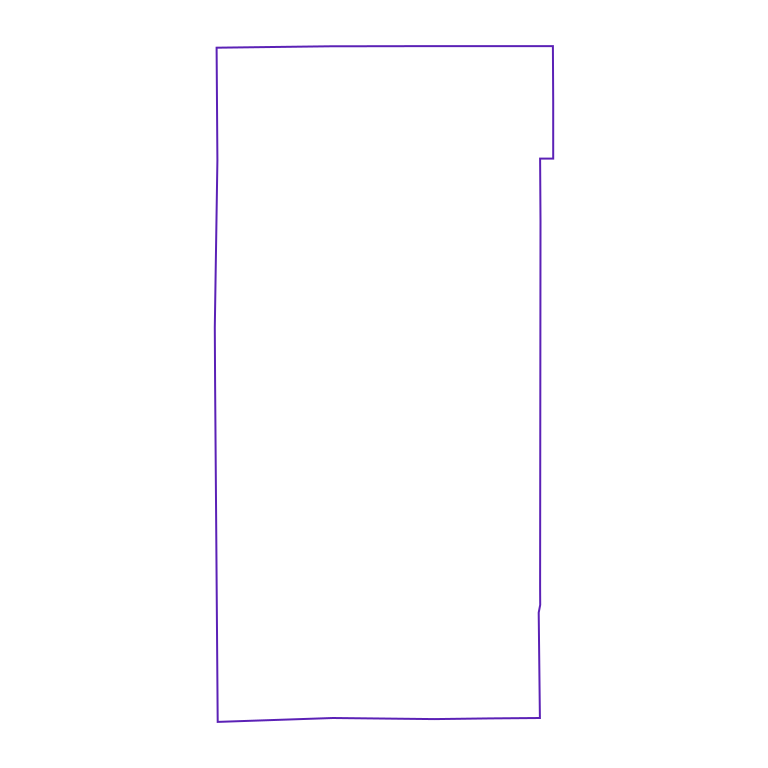 DeKalb, Illinois, United States of America
{"feature_id": "52423323B8884697818059", "entity_name": "DeKalb", "entity_type": "district", "adm_level": 2, "iso_a3": "USA", "parent_name": "United States of America", "parent_adm1": "Illinois", "projection": "mercator", "projection_center": [-88.72, 41.891], "detail": "fine", "context": "isolated", "style": "outline", "palette": "violet", "viewbox_px": 768, "rotation_deg": 0, "n_neighbors": 0, "source": "geoboundaries", "source_scale": "gbopen_adm2", "svg_char_len": 363}
<svg xmlns="http://www.w3.org/2000/svg" viewBox="0 0 768 768"><path d="M540.2,604.9L540.1,586.3L540.5,221.2L540.1,158.6L553.2,158.6L553.2,102.3L552.9,46.1L440.9,46.1L329.0,46.3L216.6,47.7L217.4,160.4L214.8,327.5L215.1,383.7L217.7,721.9L333.0,718.0L434.3,719.1L490.1,718.4L539.9,718.0L538.7,612.6L540.2,604.9Z" fill="none" stroke="#5b21b6" stroke-width="2"/></svg>